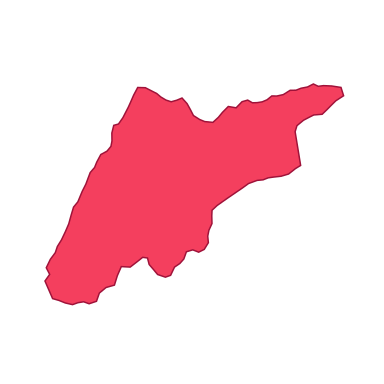 outline of Areal, Rio de Janeiro, Brazil, rotated 16°
{"feature_id": "56859067B22984730700411", "entity_name": "Areal", "entity_type": "district", "adm_level": 2, "iso_a3": "BRA", "parent_name": "Brazil", "parent_adm1": "Rio de Janeiro", "projection": "natural_earth1", "projection_center": [-43.115, -22.237], "detail": "fine", "context": "isolated", "style": "filled", "palette": "rose", "viewbox_px": 384, "rotation_deg": 16, "n_neighbors": 0, "source": "geoboundaries", "source_scale": "gbopen_adm2", "svg_char_len": 1629}
<svg xmlns="http://www.w3.org/2000/svg" viewBox="0 0 384 384"><g transform="rotate(16 192 192)"><path d="M289.1,136.5L274.5,105.6L274.6,99.3L279.4,92.3L283.9,88.0L287.8,84.4L295.7,81.4L299.0,75.7L301.5,71.1L305.1,64.7L311.2,57.7L306.4,50.4L297.0,51.6L289.1,53.5L284.2,55.6L278.9,54.7L274.1,59.2L268.2,62.2L263.9,65.5L258.3,67.2L252.9,73.2L247.2,76.3L242.2,77.7L238.7,82.7L234.6,86.0L230.1,88.1L225.5,89.6L220.2,88.3L215.2,91.4L211.2,98.9L203.3,99.8L199.3,107.1L196.8,112.9L192.9,119.3L184.8,120.8L179.4,120.2L172.3,118.1L167.7,113.2L162.9,108.4L156.5,104.4L152.0,108.0L147.1,111.0L141.6,110.8L135.7,109.2L131.1,107.1L125.0,105.9L118.4,104.6L111.0,106.5L109.2,115.0L108.2,122.6L107.4,128.0L106.2,134.0L105.1,139.6L102.6,146.9L98.4,149.5L98.7,157.4L101.0,165.0L101.5,170.5L99.0,176.2L94.0,181.1L92.2,189.5L91.6,195.3L88.8,201.3L88.3,207.3L87.8,213.7L86.3,221.6L85.0,232.9L82.3,239.2L82.2,247.5L82.3,256.6L81.2,265.1L79.7,274.1L77.6,281.4L77.3,288.0L74.4,295.7L72.8,305.0L77.9,310.4L75.2,318.1L87.4,332.9L94.0,332.9L100.8,333.6L108.2,333.2L112.8,329.9L118.1,327.4L123.9,327.8L130.3,323.4L130.8,314.7L135.7,307.5L143.1,302.9L143.3,293.0L144.6,283.2L153.3,281.2L158.3,274.4L162.6,268.4L167.4,267.7L170.8,273.5L175.4,276.5L181.7,280.8L189.9,281.2L194.4,278.0L195.9,269.0L200.0,264.1L202.6,258.7L203.1,251.0L208.7,247.4L215.0,248.0L219.6,243.8L221.7,236.2L219.3,230.1L218.8,224.1L219.9,216.8L217.6,209.5L216.3,204.0L219.9,198.0L227.7,188.3L234.9,179.6L239.4,174.2L244.0,168.3L251.4,162.9L257.0,160.7L261.3,157.4L266.0,155.3L273.3,152.3L279.9,148.1L285.0,141.0L289.1,136.5Z" fill="#f43f5e" stroke="#9f1239" stroke-width="1.5"/></g></svg>